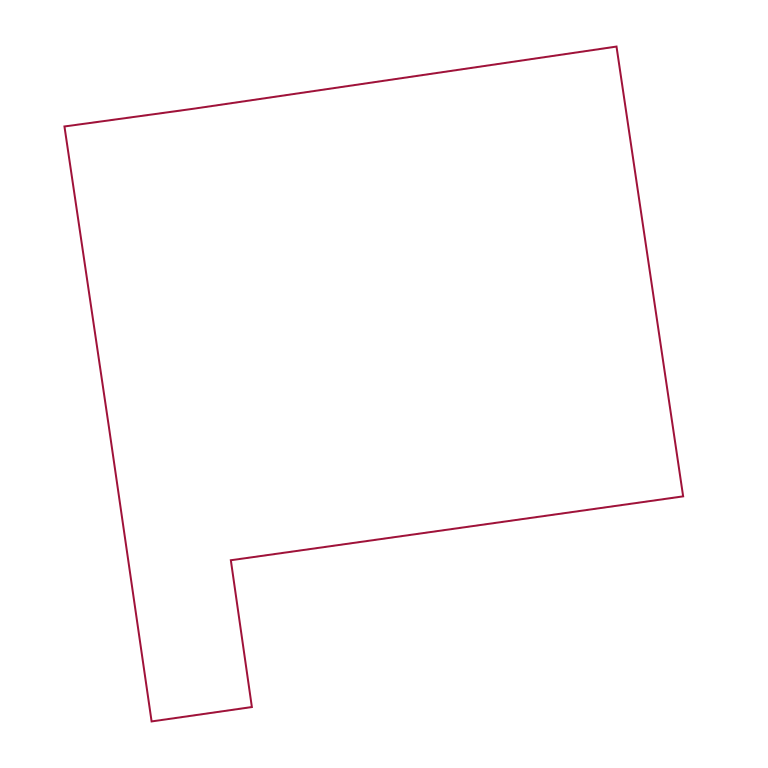 outline of Henry, Ohio, United States of America, rotated 262°
{"feature_id": "52423323B76163857838554", "entity_name": "Henry", "entity_type": "district", "adm_level": 2, "iso_a3": "USA", "parent_name": "United States of America", "parent_adm1": "Ohio", "projection": "mercator", "projection_center": [-84.138, 41.327], "detail": "fine", "context": "isolated", "style": "outline", "palette": "rose", "viewbox_px": 768, "rotation_deg": 262, "n_neighbors": 0, "source": "geoboundaries", "source_scale": "gbopen_adm2", "svg_char_len": 271}
<svg xmlns="http://www.w3.org/2000/svg" viewBox="0 0 768 768"><g transform="rotate(262 384 384)"><path d="M82.5,208.2L230.8,207.8L231.1,664.6L685.8,661.2L683.1,231.1L683.5,103.4L379.6,105.6L82.2,106.9L82.5,208.2Z" fill="none" stroke="#9f1239" stroke-width="2"/></g></svg>